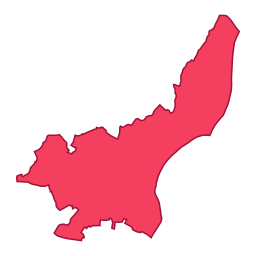 outline of Campo De La Cruz, Atlántico, Colombia
{"feature_id": "7082276B53254947845178", "entity_name": "Campo De La Cruz", "entity_type": "district", "adm_level": 2, "iso_a3": "COL", "parent_name": "Colombia", "parent_adm1": "Atlántico", "projection": "orthographic", "projection_center": [-74.896, 10.416], "detail": "fine", "context": "isolated", "style": "filled", "palette": "rose", "viewbox_px": 256, "rotation_deg": 0, "n_neighbors": 0, "source": "geoboundaries", "source_scale": "gbopen_adm2", "svg_char_len": 5800}
<svg xmlns="http://www.w3.org/2000/svg" viewBox="0 0 256 256"><path d="M81.5,240.6L81.6,239.4L82.1,238.4L83.8,237.6L84.2,237.5L84.2,236.9L84.0,235.9L83.5,234.9L82.9,233.9L82.4,233.4L81.0,232.5L84.7,227.1L85.6,227.6L86.5,228.5L88.6,226.1L90.1,227.0L92.2,226.0L93.4,225.6L94.1,225.6L95.4,225.7L100.1,225.5L99.7,224.5L100.6,219.5L101.4,219.9L102.3,220.1L103.2,220.3L106.4,220.3L108.5,219.8L109.3,219.8L109.5,219.7L109.6,219.2L109.3,218.8L109.3,218.6L109.3,218.4L109.5,218.3L110.1,218.3L110.9,218.6L111.7,219.3L112.0,220.2L112.1,221.1L112.3,221.4L112.8,221.8L111.8,228.2L114.3,229.0L114.4,228.5L114.8,226.6L115.0,222.2L118.7,222.2L121.1,222.0L122.2,221.9L123.8,218.9L126.6,219.5L124.9,223.3L131.3,226.7L132.0,227.6L132.7,229.8L137.4,232.0L137.7,232.0L140.0,232.4L140.0,232.2L140.8,232.5L142.3,231.6L143.2,232.3L147.2,234.4L151.2,237.7L152.6,235.0L160.6,222.5L161.4,220.2L161.7,218.5L160.9,214.4L160.7,212.2L159.4,204.0L158.5,200.6L155.8,195.2L155.1,193.3L154.9,192.2L154.8,190.6L155.0,189.1L155.3,187.9L155.9,186.6L156.5,182.2L158.2,176.3L160.4,171.2L163.5,165.5L164.9,163.3L166.0,161.9L168.4,159.1L172.3,155.1L174.3,153.3L176.1,151.9L178.7,149.4L181.3,147.2L182.9,146.1L187.4,143.3L192.2,139.8L194.2,138.5L195.7,137.6L197.4,136.8L200.0,136.1L201.0,135.7L202.6,135.3L204.1,135.1L206.6,135.2L209.9,135.4L212.5,129.5L213.4,127.8L216.9,122.5L221.2,117.5L222.9,115.7L224.1,113.5L225.6,109.6L227.4,105.7L228.6,101.9L230.5,94.0L231.2,90.5L231.5,87.7L231.6,83.8L231.4,79.7L231.7,72.7L232.5,57.9L233.0,52.8L234.4,42.6L236.6,37.2L239.3,31.5L236.9,28.8L230.9,20.2L229.3,18.4L226.8,16.1L226.0,15.7L224.0,15.4L219.5,15.4L217.7,19.9L216.0,23.0L214.7,26.2L214.1,27.2L214.0,27.4L213.8,28.2L213.4,29.1L212.3,29.1L212.1,29.2L212.1,29.5L211.9,29.9L211.7,30.2L210.9,30.4L210.3,30.4L209.6,30.7L209.4,30.9L208.9,32.3L209.0,32.7L209.3,33.6L209.2,34.4L209.1,34.6L208.6,35.1L207.3,36.8L207.0,37.4L206.8,38.5L206.4,39.3L206.2,40.6L205.8,41.4L205.5,42.0L204.3,43.3L202.7,45.4L202.7,45.6L201.8,46.8L200.4,48.7L199.5,49.7L198.5,50.3L196.7,55.2L194.9,58.0L194.2,59.9L193.7,60.8L191.4,60.0L190.9,60.5L190.5,61.1L190.0,61.6L188.8,62.2L187.9,62.4L187.5,62.6L186.6,64.1L185.8,66.3L185.5,66.7L185.0,67.1L184.1,68.0L183.3,69.0L183.0,69.6L182.8,70.5L182.3,72.1L182.2,72.7L181.2,74.6L181.1,75.0L180.9,76.4L180.9,77.6L181.0,79.9L181.2,80.5L180.5,82.6L180.1,84.1L179.8,86.0L177.6,85.8L174.8,84.6L173.6,84.5L173.9,86.3L174.2,87.3L175.0,88.8L175.1,89.4L175.2,91.1L175.1,93.1L175.5,94.0L176.0,94.8L176.3,95.9L176.0,97.4L175.0,100.0L174.9,100.5L174.9,101.5L175.2,103.9L175.0,106.3L174.8,107.6L174.0,110.3L173.5,111.2L172.7,112.4L171.3,113.0L170.8,113.1L170.5,113.0L170.3,112.9L169.9,112.5L169.7,111.7L169.1,110.6L168.6,110.3L167.8,109.9L167.0,109.8L166.3,110.0L165.6,110.3L159.8,104.8L159.5,105.3L158.7,106.0L157.6,107.3L155.6,109.2L154.3,110.8L153.9,111.6L153.8,112.0L153.4,112.5L153.1,113.5L152.8,114.5L152.6,114.8L151.8,115.3L151.4,115.5L148.8,115.8L147.7,116.2L146.8,116.6L146.2,117.0L145.3,118.3L144.5,119.5L144.2,119.9L142.6,120.4L141.5,120.5L140.4,120.3L139.8,119.9L139.3,119.5L138.3,118.9L137.9,118.8L137.1,118.6L136.7,118.8L135.8,119.2L135.6,119.4L134.6,120.9L133.4,122.4L133.1,123.0L132.5,123.8L131.4,125.6L130.6,125.1L129.2,124.6L128.9,124.5L127.9,124.6L126.9,124.9L126.1,125.3L124.9,126.4L123.5,127.1L123.3,127.2L121.9,127.1L121.4,126.8L120.7,126.1L120.2,126.5L119.9,127.2L120.0,127.9L119.8,128.3L119.8,129.9L119.6,132.9L119.1,134.5L118.3,136.8L117.7,139.0L116.4,138.6L115.4,138.2L112.6,136.6L110.6,135.7L109.3,134.6L107.6,133.5L107.1,133.0L106.9,132.8L106.6,132.5L106.3,132.2L106.1,131.6L106.2,130.9L106.0,130.3L105.4,129.7L104.7,129.3L103.3,128.1L103.0,127.6L102.6,127.4L102.3,127.1L98.4,128.1L96.5,127.4L96.3,129.1L95.0,129.2L94.0,129.4L91.9,130.4L86.2,132.8L84.8,133.5L83.6,133.9L82.3,134.0L82.6,134.4L82.2,134.4L81.1,135.0L79.3,135.7L78.3,135.8L75.6,135.6L75.4,135.6L75.1,135.3L73.3,142.0L71.0,145.2L74.0,147.2L76.2,147.9L75.0,151.5L72.5,152.4L71.8,154.1L69.8,153.2L67.6,152.4L67.8,152.2L68.5,151.3L69.1,150.3L67.3,148.2L66.7,147.3L66.6,146.8L66.9,144.0L66.8,143.4L66.7,142.8L66.3,142.3L65.5,141.5L62.9,139.0L62.8,138.9L62.7,138.3L62.5,138.0L61.7,137.2L59.3,134.6L58.4,135.0L57.1,135.2L53.7,135.3L49.6,135.2L48.8,135.2L48.2,135.4L47.5,136.0L47.1,136.5L46.8,137.7L46.5,138.5L46.2,139.8L45.8,140.9L45.5,141.2L44.2,141.8L43.6,142.3L43.1,142.8L42.8,143.5L42.5,144.9L42.2,146.0L41.8,146.5L40.9,147.6L40.0,148.4L39.4,149.3L34.4,151.6L37.3,157.9L36.3,161.7L35.1,161.5L34.3,163.8L31.0,167.2L30.5,167.9L29.8,171.1L29.2,171.9L29.0,172.5L29.0,173.0L28.1,173.5L27.0,174.3L24.7,175.4L23.9,176.2L23.2,176.4L22.5,176.4L22.1,176.2L22.0,175.4L22.0,174.7L21.0,174.5L19.7,174.8L17.6,175.9L17.3,176.1L17.0,176.1L16.9,176.9L16.7,178.0L17.1,181.6L19.1,181.5L20.1,181.6L21.7,181.7L23.2,181.9L28.1,182.1L30.0,183.2L32.0,184.1L33.2,184.4L34.6,184.6L36.6,185.0L40.7,186.2L42.4,186.1L43.9,186.3L45.0,186.2L48.9,185.0L48.9,186.1L49.2,187.2L49.2,188.2L49.5,188.8L49.8,189.2L50.2,190.2L50.3,191.7L51.5,191.6L52.0,193.6L52.9,195.2L53.5,196.7L53.9,197.8L53.9,198.2L54.4,199.8L55.1,201.1L55.6,202.1L55.9,202.4L55.9,202.9L56.2,204.2L56.2,205.9L56.4,206.7L56.6,207.0L57.7,208.3L58.4,209.0L59.0,209.6L59.2,209.9L59.7,210.3L60.4,210.1L61.7,209.3L64.4,207.9L67.2,206.2L68.1,205.7L68.5,205.6L69.8,205.5L71.5,205.8L71.8,205.7L72.6,205.5L72.7,205.3L72.5,205.8L72.0,206.3L72.8,208.8L74.1,207.9L74.5,207.7L75.6,207.7L76.3,207.8L76.7,208.1L78.4,209.5L77.3,211.9L76.7,212.3L76.1,212.8L75.2,214.1L73.5,215.9L70.9,218.8L70.4,219.6L70.3,221.5L70.1,222.4L69.5,223.4L68.8,224.1L68.3,224.4L68.0,224.5L67.8,225.4L65.1,224.5L63.7,224.2L61.3,224.4L60.1,224.7L59.6,225.0L58.4,226.0L58.0,226.5L57.9,226.9L56.8,228.5L55.6,230.7L54.2,232.9L54.4,233.2L54.9,233.8L55.4,234.3L57.1,235.5L57.8,235.9L61.9,237.3L66.8,238.5L81.5,240.6Z" fill="#f43f5e" stroke="#9f1239" stroke-width="1.5"/></svg>